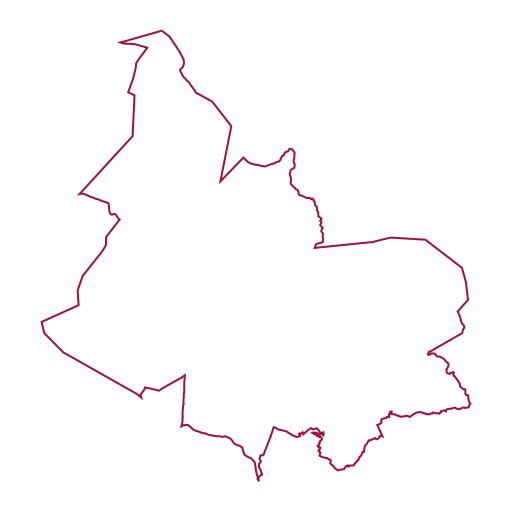 Coatecas Altas, Oaxaca, Mexico
{"feature_id": "50627088B89957955277288", "entity_name": "Coatecas Altas", "entity_type": "district", "adm_level": 2, "iso_a3": "MEX", "parent_name": "Mexico", "parent_adm1": "Oaxaca", "projection": "natural_earth1", "projection_center": [-96.617, 16.524], "detail": "fine", "context": "isolated", "style": "outline", "palette": "rose", "viewbox_px": 512, "rotation_deg": 0, "n_neighbors": 0, "source": "geoboundaries", "source_scale": "gbopen_adm2", "svg_char_len": 6067}
<svg xmlns="http://www.w3.org/2000/svg" viewBox="0 0 512 512"><path d="M372.8,242.0L314.7,247.9L316.1,244.2L318.6,243.3L320.8,242.9L322.8,241.9L323.1,239.4L322.7,237.0L322.8,233.4L321.3,231.5L321.8,228.9L322.7,227.9L320.1,225.1L321.2,223.2L321.4,221.5L320.2,221.0L321.5,218.7L318.4,216.2L318.1,212.0L316.9,210.2L317.1,208.5L316.9,207.1L314.9,204.8L314.7,201.5L313.5,200.8L313.5,199.4L312.2,198.6L311.0,199.2L310.3,198.1L309.3,197.9L307.5,198.0L305.9,197.6L301.7,195.7L299.0,194.8L298.7,194.3L298.4,191.5L297.9,190.5L296.8,189.5L295.9,189.2L295.1,188.4L295.0,188.1L293.4,186.7L290.8,184.0L290.7,182.2L291.0,180.2L290.9,177.9L289.8,174.9L289.7,173.8L290.3,171.1L290.9,169.8L294.4,167.7L294.7,164.0L293.7,162.2L293.5,160.2L294.1,158.7L294.4,156.2L294.6,152.6L292.1,149.2L289.5,148.9L287.9,151.3L284.9,152.5L283.4,155.8L282.1,155.9L280.3,160.0L278.9,161.6L276.4,162.1L274.4,163.3L270.6,164.3L265.2,166.5L260.4,165.7L258.2,165.0L255.2,164.7L250.6,163.4L248.0,162.1L243.4,157.6L220.4,181.4L231.3,126.2L212.1,101.5L195.8,92.6L194.4,90.0L190.5,84.9L189.6,83.1L188.6,81.9L187.7,81.3L186.2,79.8L185.4,78.7L183.7,77.3L182.6,75.6L180.1,70.5L180.3,69.3L182.6,67.4L183.5,65.1L183.9,64.0L183.9,62.4L183.6,59.4L179.8,52.2L176.1,46.5L169.5,36.6L161.7,30.7L120.4,42.5L123.7,43.5L135.2,44.2L146.7,47.6L147.8,47.1L138.2,60.0L136.1,63.4L135.8,67.5L133.3,77.9L128.2,92.3L134.5,95.3L132.6,136.1L79.6,194.0L81.6,193.6L84.1,194.0L88.6,195.8L90.5,196.9L92.3,197.3L96.0,198.9L98.6,199.5L102.0,201.0L106.1,202.3L108.4,203.2L108.9,205.7L109.1,209.4L109.8,212.7L111.0,214.5L112.3,214.6L114.1,213.9L115.3,214.2L116.3,215.2L117.2,216.8L118.6,218.8L119.6,219.5L106.3,236.8L106.0,238.9L106.0,244.4L105.5,245.9L103.2,249.8L99.3,255.3L98.6,255.9L82.6,276.0L77.6,290.6L78.6,305.2L41.6,321.9L44.2,333.1L63.3,352.4L137.1,394.1L141.3,397.7L140.6,394.5L144.3,389.7L145.0,387.5L151.7,388.8L159.1,390.7L161.6,388.8L172.5,382.6L181.4,377.7L184.9,375.3L184.2,383.5L184.2,389.1L184.4,389.9L183.6,396.0L183.8,396.6L183.4,401.4L183.7,404.4L183.2,404.9L182.5,413.7L182.7,415.8L182.4,422.0L181.4,426.3L183.7,425.1L188.0,425.0L189.4,426.0L191.4,427.8L192.7,429.2L194.7,430.3L201.0,432.4L201.7,432.9L202.8,433.2L204.8,433.2L208.1,434.7L217.1,436.4L219.4,436.1L221.8,436.9L225.4,436.3L229.4,438.0L230.9,439.1L232.8,441.5L233.4,442.7L234.7,443.9L237.4,445.2L239.6,445.8L242.5,447.6L242.9,450.6L244.8,455.0L248.4,457.2L251.1,458.2L254.7,462.3L255.5,466.4L255.8,469.6L256.2,472.0L257.5,476.5L257.7,477.3L257.6,479.0L258.9,481.3L258.4,478.1L258.8,477.0L260.8,475.1L261.2,475.2L261.9,474.8L262.1,474.2L261.4,472.7L260.7,470.0L259.0,467.3L259.0,464.0L260.7,462.1L260.9,461.3L259.6,459.1L259.7,457.9L260.3,455.6L261.8,455.1L262.6,455.4L263.7,454.7L264.1,453.2L270.3,437.3L273.7,427.1L276.4,428.2L277.9,429.4L284.3,430.8L285.6,431.2L287.8,432.2L288.3,432.6L288.3,432.8L293.0,435.5L296.4,436.9L297.9,436.8L300.1,436.1L300.0,435.3L299.0,433.7L299.3,433.5L299.7,433.4L301.6,433.5L302.6,432.3L303.3,434.4L305.3,432.4L307.2,431.0L308.2,429.9L309.3,429.3L310.1,428.5L311.3,428.2L312.3,429.2L313.8,429.2L316.6,428.3L317.7,429.1L318.7,430.2L319.6,431.7L319.7,432.2L321.4,432.9L322.1,432.8L323.4,432.2L323.7,433.4L323.5,434.7L323.2,435.3L322.4,434.0L321.8,433.7L321.3,433.9L319.9,434.2L319.6,434.7L316.4,432.7L314.3,432.8L313.1,432.4L312.3,432.9L313.3,433.2L314.1,434.0L316.6,435.1L317.1,436.1L318.0,436.0L319.4,437.2L320.1,437.0L320.4,436.7L321.5,437.7L321.9,439.1L321.8,439.4L320.9,440.4L319.9,441.3L319.9,442.2L318.9,443.3L319.5,444.1L319.5,444.5L318.4,445.6L317.7,445.6L317.5,446.1L318.6,447.1L320.4,447.7L320.1,448.8L319.5,449.0L318.4,450.7L319.4,451.9L319.5,451.7L320.4,452.6L319.5,455.7L322.0,457.0L327.2,458.2L329.2,459.5L330.4,459.7L330.6,460.5L330.9,460.9L330.2,463.5L333.6,466.3L335.0,468.4L335.8,468.8L336.8,469.9L338.2,470.4L339.0,469.8L343.9,469.3L345.9,466.2L347.8,465.4L348.1,466.5L348.8,466.6L349.9,465.5L353.6,465.4L355.1,463.2L356.2,462.1L357.1,461.5L357.3,460.6L358.4,459.9L358.7,458.6L359.6,457.5L359.5,456.9L361.2,455.5L362.8,451.8L363.5,451.7L364.0,451.8L364.1,451.6L364.1,450.0L364.8,446.2L366.2,444.3L366.8,443.9L367.9,441.8L368.8,440.3L369.7,440.5L375.1,438.1L375.5,438.4L375.6,438.9L377.1,439.3L379.1,437.8L379.6,436.1L380.6,436.0L382.5,436.5L377.3,425.0L379.8,424.0L381.1,423.1L381.5,422.4L381.5,421.8L381.1,420.6L381.2,419.9L382.1,418.9L382.8,418.7L385.5,418.2L386.2,417.9L386.7,417.1L387.1,416.9L389.2,417.1L389.3,416.8L388.9,415.0L389.2,414.0L389.9,412.8L389.9,412.3L390.7,412.7L391.5,411.4L391.7,411.5L391.7,412.1L391.4,414.1L395.3,414.5L396.8,415.5L398.2,415.6L398.7,416.2L399.2,416.1L401.3,416.8L406.9,415.8L408.4,416.2L409.5,417.0L410.5,416.6L413.0,414.4L413.3,414.5L413.8,413.9L414.5,413.7L416.1,412.7L417.6,412.2L418.4,412.4L419.5,412.3L420.4,412.0L422.4,412.6L422.9,413.2L423.5,413.0L425.0,413.5L425.6,414.0L426.4,413.7L426.8,414.1L427.7,414.4L428.2,414.1L429.3,414.4L431.7,413.2L432.4,413.5L433.2,412.4L436.0,413.4L438.4,413.2L439.3,413.7L440.6,412.3L441.0,412.3L441.4,411.9L441.3,410.9L442.7,410.8L444.0,410.3L445.9,411.4L446.2,410.7L446.2,409.9L446.6,409.4L447.1,409.2L452.1,408.5L453.0,408.1L455.0,407.6L455.7,408.0L456.0,408.5L457.8,409.1L459.7,409.2L461.0,408.3L462.1,408.1L463.2,407.5L463.8,407.4L464.5,407.9L465.8,407.6L466.8,407.8L467.9,407.6L469.0,406.8L469.1,405.3L470.4,403.8L469.0,401.4L468.6,399.9L468.2,395.7L467.3,394.9L466.2,395.1L465.3,393.5L465.4,389.8L465.0,389.3L464.3,389.2L463.3,389.3L460.3,386.7L460.1,386.4L459.9,384.3L459.0,382.3L457.2,379.7L456.2,378.5L455.2,376.8L454.6,376.2L453.5,375.7L453.4,374.4L453.8,372.9L453.6,372.1L452.8,372.1L451.4,372.9L450.6,373.0L449.6,374.0L447.0,372.9L446.5,371.3L446.4,369.6L448.2,366.5L448.5,364.7L448.3,363.5L447.3,362.5L446.1,361.7L443.8,358.8L439.5,356.4L437.6,356.7L436.5,356.1L434.9,353.6L431.1,353.4L430.0,354.7L429.1,354.8L428.4,354.4L427.2,354.9L428.1,354.0L429.0,351.7L430.6,351.3L462.1,333.1L463.2,329.3L464.4,327.4L463.6,325.1L461.8,323.4L460.3,317.9L459.6,315.8L458.8,313.8L457.6,311.5L468.0,299.9L465.9,282.2L462.0,267.9L425.4,239.7L391.2,237.6L386.7,238.5L372.8,242.0Z" fill="none" stroke="#9f1239" stroke-width="2"/></svg>